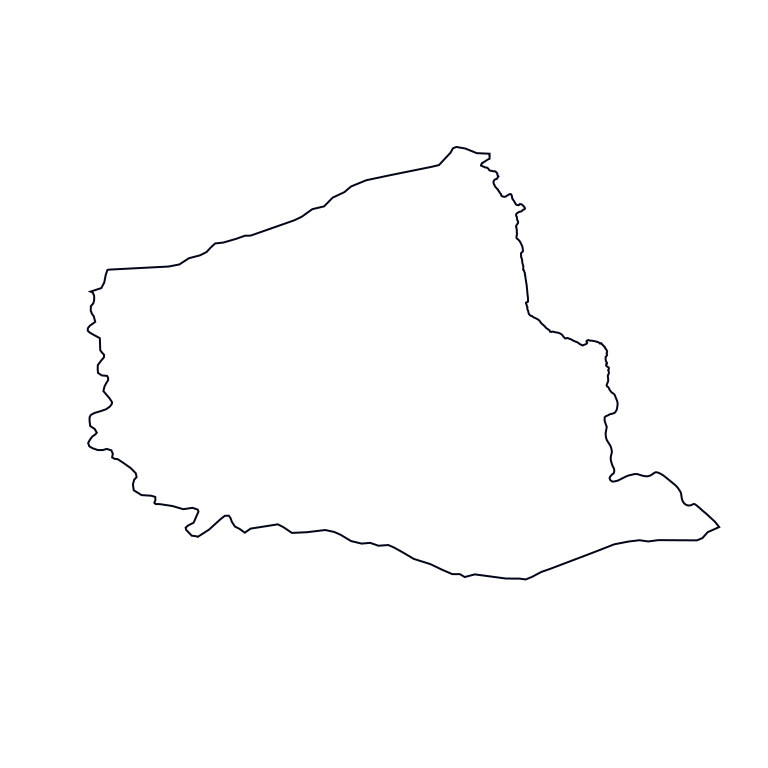 outline of Soca, Canelones, Uruguay, rotated 349°
{"feature_id": "84410073B54882123998895", "entity_name": "Soca", "entity_type": "district", "adm_level": 2, "iso_a3": "URY", "parent_name": "Uruguay", "parent_adm1": "Canelones", "projection": "mercator", "projection_center": [-55.499, -34.679], "detail": "fine", "context": "isolated", "style": "outline", "palette": "ink", "viewbox_px": 768, "rotation_deg": 349, "n_neighbors": 0, "source": "geoboundaries", "source_scale": "gbopen_adm2", "svg_char_len": 6150}
<svg xmlns="http://www.w3.org/2000/svg" viewBox="0 0 768 768"><g transform="rotate(349 384 384)"><path d="M166.3,496.2L171.1,497.8L172.0,498.5L184.6,493.5L197.7,485.5L202.6,483.0L206.6,483.7L207.8,486.5L208.4,490.4L210.5,495.5L214.6,498.7L219.0,503.4L225.5,500.5L253.0,501.5L257.9,505.3L265.2,512.6L280.2,514.8L298.4,516.1L307.0,519.8L312.6,523.7L321.7,531.9L331.6,536.4L340.1,537.3L347.7,541.7L357.5,542.9L362.2,546.1L370.8,553.3L379.9,561.4L395.2,569.7L405.6,577.4L414.8,583.7L422.2,585.1L426.4,588.9L436.8,588.2L466.8,598.3L479.6,600.8L485.8,602.9L492.4,601.6L502.6,598.5L511.0,597.3L554.6,589.8L579.5,585.3L594.0,585.3L605.0,586.1L613.4,589.0L623.5,589.6L661.4,597.2L667.2,596.0L673.5,591.2L685.7,588.4L682.7,582.5L675.1,572.2L672.6,569.2L670.0,565.7L666.9,561.9L665.5,560.9L664.7,560.9L662.6,561.5L661.5,561.6L659.7,561.4L657.8,560.5L656.0,558.7L654.8,556.1L654.5,553.3L654.7,548.5L654.5,546.6L652.6,541.9L651.0,539.3L643.3,530.0L640.9,527.2L638.4,524.9L635.8,523.1L634.1,522.5L632.6,522.7L630.3,523.8L628.0,524.6L625.4,524.9L623.2,524.5L620.6,523.5L615.3,520.7L612.5,520.2L606.5,520.5L604.1,520.9L594.9,523.5L590.8,523.6L589.5,523.3L588.4,522.3L587.8,521.4L587.6,520.6L587.5,519.5L587.8,518.7L588.8,517.7L590.5,516.4L592.4,515.5L593.1,514.3L593.6,512.6L593.5,510.3L592.9,508.8L592.4,506.0L592.1,502.4L592.6,499.0L594.8,494.1L594.9,491.3L594.5,488.1L592.0,481.5L591.7,478.6L592.1,474.8L594.5,468.5L594.0,465.7L593.6,462.0L594.1,459.3L594.4,458.7L595.5,458.0L598.3,457.4L599.9,456.8L601.2,456.7L602.5,456.8L605.3,456.1L606.3,455.1L607.6,453.6L609.0,450.0L609.5,448.1L609.7,446.5L609.5,444.6L608.3,438.5L607.8,437.6L606.0,435.9L605.3,434.7L604.5,433.1L603.6,429.9L602.5,428.9L602.3,428.2L602.5,427.2L604.1,424.8L604.9,423.0L605.2,419.0L605.5,418.1L606.0,417.7L606.8,416.2L607.1,415.2L606.7,413.3L606.8,412.9L607.5,412.4L607.8,411.0L607.6,410.5L606.1,409.2L605.7,408.5L605.6,408.1L605.9,407.0L606.1,406.6L606.7,406.6L606.9,405.6L606.3,404.2L606.2,402.1L606.8,399.6L607.7,399.1L608.5,398.0L608.5,397.2L608.3,396.4L609.2,395.1L609.2,394.1L608.6,392.2L607.9,390.9L607.9,390.1L607.8,389.9L607.4,389.6L607.0,388.6L606.2,387.7L606.0,386.9L605.0,386.1L604.9,385.9L605.0,385.4L604.7,385.3L603.7,385.5L602.7,384.2L601.6,383.4L601.2,383.3L600.1,382.7L596.3,381.1L594.6,380.8L593.3,380.0L592.8,379.9L591.3,380.2L591.1,380.5L590.9,380.9L591.1,381.4L591.0,381.8L591.3,382.3L590.9,382.8L590.1,383.3L589.0,383.6L587.2,383.8L586.6,384.1L586.2,384.0L584.0,382.3L582.8,381.1L582.1,380.2L578.5,377.9L576.0,375.7L575.0,375.3L573.9,374.4L572.4,373.7L571.2,374.0L570.5,373.8L569.8,372.8L568.1,369.6L567.7,369.1L565.9,367.6L564.8,366.9L562.2,366.0L560.5,365.1L559.3,364.7L558.4,364.9L557.8,364.5L557.2,364.5L556.9,364.2L556.8,363.0L553.9,360.0L552.6,357.8L549.8,354.1L549.1,352.3L548.4,351.1L547.3,349.9L545.1,348.1L543.5,347.1L542.2,345.5L541.1,345.1L539.9,343.6L539.5,342.4L539.4,339.5L539.0,337.8L539.1,336.8L539.5,335.7L539.0,334.5L539.1,333.6L538.7,331.6L538.9,331.2L539.4,331.0L540.3,331.0L541.0,330.7L541.2,330.3L541.2,329.7L541.6,328.2L542.0,323.8L542.0,322.8L542.3,320.5L542.9,314.0L543.1,307.5L543.3,305.1L543.1,303.6L543.3,303.3L543.5,302.1L543.1,300.5L543.1,299.3L542.9,298.9L542.4,298.5L543.2,295.2L542.9,290.9L543.3,288.7L543.1,287.8L543.2,287.0L542.8,285.7L542.9,285.2L543.4,282.0L543.8,281.4L545.2,280.7L545.8,280.0L545.9,279.3L546.0,277.2L546.0,274.9L545.3,272.7L545.1,271.3L544.8,270.9L544.7,270.2L543.6,268.2L542.8,267.2L542.2,266.6L542.0,265.9L542.1,264.7L542.3,264.0L542.8,263.5L543.1,262.1L543.4,261.5L543.2,261.0L543.3,260.1L543.8,258.3L543.7,256.6L543.8,256.1L543.7,254.5L544.0,253.9L545.2,252.5L546.2,251.7L546.6,250.6L546.6,249.9L546.1,248.9L546.1,246.7L546.3,245.5L545.8,244.0L546.1,242.8L546.2,242.5L547.4,241.6L549.7,240.8L551.5,240.8L552.4,240.5L553.4,239.7L555.2,239.2L555.8,238.8L555.9,238.1L555.1,236.2L553.6,234.2L553.2,233.9L551.9,233.3L551.5,233.3L550.6,234.1L549.9,234.1L548.5,233.5L547.8,233.0L546.5,229.1L545.3,226.6L545.5,226.1L545.3,225.2L545.4,224.1L545.2,223.5L545.3,222.9L545.0,222.1L544.3,221.7L543.6,221.6L541.6,222.2L539.6,223.1L538.4,223.3L537.5,223.1L535.7,222.2L535.3,221.7L535.0,221.2L535.2,220.2L535.1,219.9L534.0,218.3L533.9,217.2L533.5,216.6L533.0,215.5L533.0,214.9L532.5,214.4L530.5,210.9L530.4,210.5L530.4,209.5L529.9,208.5L530.0,206.4L530.7,205.4L531.8,204.4L533.8,204.2L534.4,203.8L534.6,203.3L535.3,202.7L535.4,202.1L535.9,201.9L535.4,200.9L535.2,200.1L535.4,199.3L535.3,198.8L534.4,197.2L533.4,196.3L531.8,196.1L530.5,195.3L529.3,195.1L528.1,194.1L527.4,192.4L526.0,191.0L524.8,190.9L523.8,190.0L523.0,189.7L522.4,189.1L521.5,188.4L521.0,188.3L520.9,188.1L521.0,187.6L522.6,185.6L523.8,185.6L524.0,185.4L527.2,184.1L528.5,183.5L530.6,183.0L530.7,182.2L531.3,180.3L531.0,179.7L531.4,178.9L531.6,178.1L519.1,175.1L508.8,168.4L500.3,165.1L496.6,165.8L493.5,169.6L479.7,179.6L471.6,179.9L429.9,180.2L405.5,180.6L389.4,183.8L381.7,188.1L369.1,191.3L359.1,198.2L347.0,198.7L335.2,204.1L327.1,206.2L281.4,212.9L275.8,211.9L266.5,213.3L253.2,214.5L245.1,213.8L239.9,217.0L235.0,220.6L227.8,222.6L216.5,223.3L205.9,227.6L195.0,227.6L136.2,219.3L134.2,219.3L131.5,224.2L128.7,231.1L124.8,235.9L113.5,237.3L115.6,238.8L116.3,242.1L115.5,246.3L114.1,249.3L111.1,251.7L110.1,256.0L110.7,259.4L112.0,262.1L112.4,267.9L106.3,270.7L103.9,272.8L103.4,275.2L104.6,277.0L107.0,279.2L113.8,284.8L111.9,296.7L112.8,298.7L114.8,302.0L114.1,304.5L111.0,306.9L106.7,310.8L105.8,314.6L105.4,318.6L108.6,321.7L113.7,323.2L114.4,325.3L113.8,327.9L111.9,329.7L109.2,333.0L107.2,337.4L111.8,345.6L113.6,350.0L112.9,351.8L110.5,353.9L106.3,355.8L100.4,356.6L94.2,357.2L90.3,358.4L88.6,360.6L87.9,364.3L87.6,369.2L91.4,372.9L92.8,377.0L91.0,378.4L87.5,380.0L84.5,382.8L82.3,385.5L82.8,388.9L85.6,391.4L90.6,394.3L95.4,395.2L99.4,394.8L103.7,397.1L104.5,400.7L103.1,404.2L105.2,406.0L108.3,407.0L112.7,411.3L119.4,418.3L123.3,424.2L123.4,428.2L120.5,430.3L118.3,434.8L118.1,440.6L124.8,446.8L134.0,449.2L137.9,451.2L137.5,454.3L135.9,456.8L136.9,458.3L140.9,459.1L153.0,463.4L163.1,468.6L172.4,469.0L177.1,471.7L177.5,473.9L170.7,483.8L164.8,485.5L161.9,487.1L161.9,489.3L166.3,496.2Z" fill="none" stroke="#020617" stroke-width="2"/></g></svg>